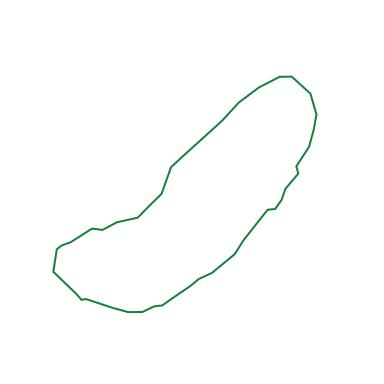 Moch, Federated States of Micronesia, rotated 305°
{"feature_id": "79324940B69575341239626", "entity_name": "Moch", "entity_type": "district", "adm_level": 2, "iso_a3": "FSM", "parent_name": "Federated States of Micronesia", "parent_adm1": "", "projection": "mercator", "projection_center": [153.542, 5.491], "detail": "fine", "context": "isolated", "style": "outline", "palette": "green", "viewbox_px": 384, "rotation_deg": 305, "n_neighbors": 0, "source": "geoboundaries", "source_scale": "gbopen_adm2", "svg_char_len": 657}
<svg xmlns="http://www.w3.org/2000/svg" viewBox="0 0 384 384"><g transform="rotate(305 192 192)"><path d="M153.5,164.5L139.9,162.3L124.2,147.9L109.6,140.4L104.6,131.0L81.0,121.3L73.5,115.9L67.5,114.1L47.1,124.2L42.1,156.1L40.3,163.3L43.5,166.6L51.7,193.9L57.0,208.6L65.2,220.1L76.6,226.6L82.0,232.7L95.2,237.4L114.1,244.6L124.8,247.5L137.0,254.7L165.5,262.6L182.7,261.9L220.8,264.1L225.8,269.9L236.9,269.9L248.3,266.7L268.0,268.5L273.0,262.7L296.2,262.0L313.0,255.9L326.9,249.5L340.5,232.6L343.7,207.5L336.6,197.7L316.2,186.9L292.0,179.0L267.7,175.8L215.2,163.8L200.2,160.6L173.1,168.1L153.5,164.5Z" fill="none" stroke="#15803d" stroke-width="2"/></g></svg>